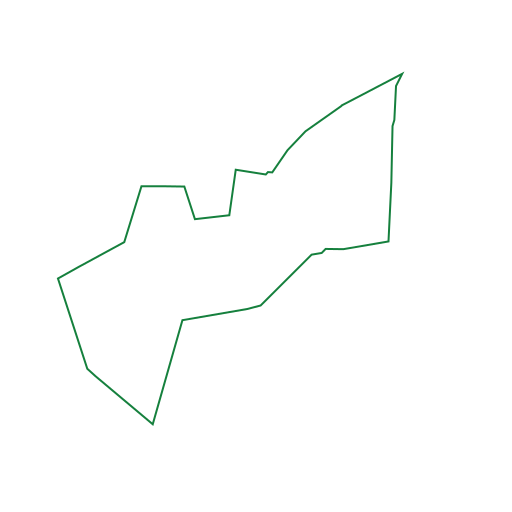 Mary, Mary, Turkmenistan, rotated 252°
{"feature_id": "10190150B21853413573592", "entity_name": "Mary", "entity_type": "district", "adm_level": 2, "iso_a3": "TKM", "parent_name": "Turkmenistan", "parent_adm1": "Mary", "projection": "natural_earth1", "projection_center": [61.716, 37.759], "detail": "fine", "context": "isolated", "style": "outline", "palette": "green", "viewbox_px": 512, "rotation_deg": 252, "n_neighbors": 0, "source": "geoboundaries", "source_scale": "gbopen_adm2", "svg_char_len": 606}
<svg xmlns="http://www.w3.org/2000/svg" viewBox="0 0 512 512"><g transform="rotate(252 256 256)"><path d="M208.3,231.3L207.5,245.1L240.1,309.3L238.6,319.4L241.2,324.4L235.5,341.2L228.9,386.5L283.7,407.3L337.4,426.0L342.6,429.6L374.4,441.7L384.1,451.3L375.2,398.9L373.1,386.4L372.7,384.0L372.3,383.6L359.3,341.6L346.9,318.7L330.5,297.3L332.1,293.3L330.5,290.5L344.3,263.4L303.0,243.2L309.9,209.3L311.8,209.3L344.2,209.3L350.7,190.2L357.7,168.6L309.9,135.0L300.4,83.9L295.8,60.7L200.9,60.7L191.3,66.2L127.9,105.8L212.2,162.5L217.7,166.2L208.3,231.3Z" fill="none" stroke="#15803d" stroke-width="2"/></g></svg>